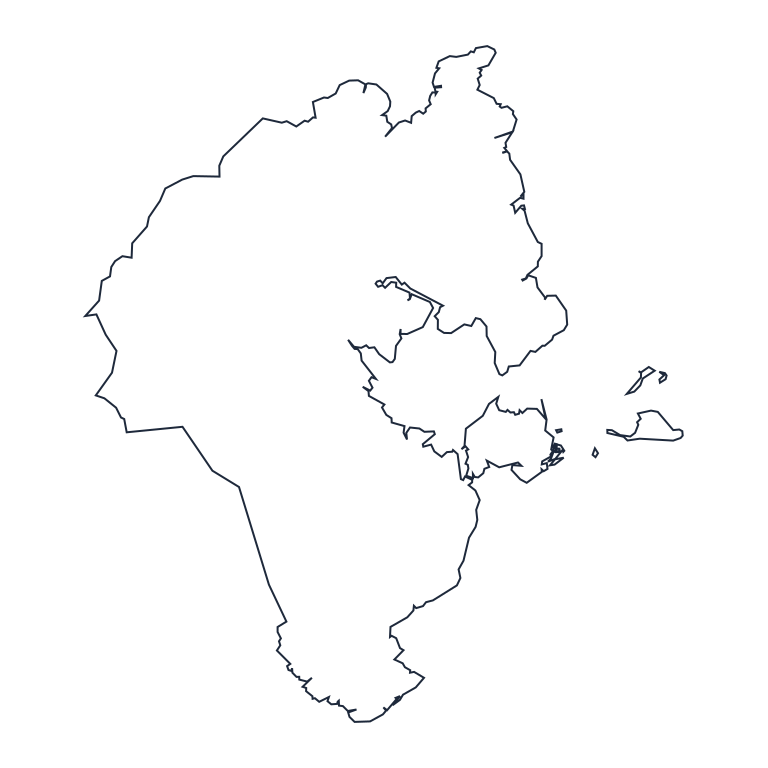 Madolenihmw, Pohnpei, Federated States of Micronesia
{"feature_id": "79324940B7707198476683", "entity_name": "Madolenihmw", "entity_type": "district", "adm_level": 2, "iso_a3": "FSM", "parent_name": "Federated States of Micronesia", "parent_adm1": "Pohnpei", "projection": "mercator", "projection_center": [158.314, 6.859], "detail": "fine", "context": "isolated", "style": "outline", "palette": "slate", "viewbox_px": 768, "rotation_deg": 0, "n_neighbors": 0, "source": "geoboundaries", "source_scale": "gbopen_adm2", "svg_char_len": 6077}
<svg xmlns="http://www.w3.org/2000/svg" viewBox="0 0 768 768"><path d="M276.9,650.5L290.3,663.9L287.1,666.1L288.5,670.0L291.2,670.9L292.1,668.2L292.4,672.7L296.5,676.9L299.2,676.8L299.3,679.6L307.2,681.6L311.9,677.8L302.6,686.8L306.2,688.0L306.1,691.2L312.4,696.2L312.6,698.8L314.9,698.2L319.2,701.8L328.9,697.0L327.5,701.2L331.3,704.3L337.1,703.9L337.7,701.7L338.8,700.7L339.0,705.6L342.9,706.1L347.8,711.0L356.5,709.5L348.2,712.5L349.5,716.9L354.6,721.9L370.1,721.4L382.9,714.4L386.1,710.6L383.4,707.4L387.1,710.2L396.6,699.0L395.6,697.9L400.0,696.1L392.6,705.2L399.9,699.9L403.0,694.7L415.8,687.4L424.0,677.8L414.1,671.9L410.0,672.7L410.2,670.2L404.9,667.2L402.7,663.3L394.4,659.5L403.5,650.2L400.0,648.1L396.2,638.2L391.6,635.8L390.0,637.0L390.5,626.9L407.3,617.3L413.4,610.5L413.9,605.8L416.2,608.1L423.0,606.1L426.0,602.2L432.9,600.4L456.9,585.4L460.4,578.0L458.6,569.4L463.5,560.7L469.0,537.7L475.6,526.9L477.3,519.9L476.2,509.9L479.7,500.1L475.4,490.5L468.6,485.1L472.1,482.4L472.2,479.8L465.0,476.5L463.2,480.1L460.9,479.1L457.6,454.1L453.0,450.0L452.3,451.7L446.9,452.1L441.7,456.9L434.3,451.4L431.1,444.6L423.3,446.7L422.8,444.2L434.8,434.2L433.9,431.4L424.4,431.8L419.4,428.5L410.0,427.5L406.3,432.9L407.0,439.5L403.6,432.7L404.5,426.1L391.7,422.5L391.5,418.2L386.3,414.9L382.0,407.5L384.4,404.5L368.9,395.9L368.5,391.1L362.7,386.8L370.2,390.6L372.5,387.7L368.9,380.8L371.5,377.2L375.9,378.9L361.6,360.6L360.8,353.4L357.7,349.1L354.6,348.9L352.0,345.8L348.1,339.8L354.0,346.8L361.4,347.8L366.2,345.3L369.0,348.0L374.4,347.3L379.2,354.2L389.9,362.4L392.5,362.1L394.8,358.9L396.0,345.9L401.4,338.4L399.7,334.2L400.6,329.0L400.5,333.9L407.2,334.0L422.8,327.1L433.1,308.0L429.9,302.0L411.7,294.2L409.8,299.2L407.5,300.4L410.0,298.5L409.5,292.6L396.1,286.9L396.2,282.7L391.2,282.0L385.1,287.8L382.5,285.2L378.1,286.8L375.6,283.7L377.0,281.6L380.2,280.6L382.7,283.3L386.5,278.1L395.7,277.0L401.8,284.6L404.5,282.7L410.3,288.5L443.0,305.7L440.1,307.2L438.8,312.1L434.7,316.2L437.9,319.8L437.8,328.9L444.0,332.9L451.1,333.1L464.3,324.4L471.3,326.0L475.8,318.1L480.4,319.2L486.5,326.5L486.7,336.0L495.3,352.0L494.7,363.0L499.4,374.1L502.3,375.4L507.2,371.8L508.8,366.5L519.6,365.4L530.5,350.9L535.4,351.9L542.4,345.7L544.7,345.8L552.1,339.6L553.5,335.7L563.8,330.2L567.2,324.6L566.2,310.6L555.8,295.6L547.2,295.8L544.7,299.7L545.1,297.6L537.5,287.4L535.9,277.9L528.2,275.3L526.4,278.5L522.7,280.5L522.2,279.6L525.8,278.5L527.5,274.8L537.8,266.4L537.9,261.7L541.6,256.1L541.6,243.8L537.8,242.0L527.8,223.3L524.6,210.8L522.3,208.8L524.9,208.9L524.0,205.4L521.3,205.7L515.2,212.8L513.6,205.6L511.2,204.6L520.1,197.8L523.5,198.7L523.5,194.7L520.5,196.5L524.3,191.8L520.4,174.4L510.1,159.8L509.3,153.6L507.0,151.4L503.3,152.7L502.3,152.6L507.1,151.2L504.3,147.9L506.2,147.0L505.5,142.8L512.3,132.2L494.4,138.0L512.9,131.5L516.6,119.5L512.9,114.1L513.3,111.2L507.3,106.3L501.5,107.8L499.7,106.5L500.7,104.2L496.6,103.8L493.8,98.1L477.4,89.7L479.7,85.0L477.7,78.6L481.2,75.6L479.7,72.7L481.6,70.0L478.8,68.4L488.4,65.4L495.7,52.8L494.3,49.5L487.3,46.1L475.9,48.1L473.8,52.3L470.8,51.4L467.9,54.6L456.3,56.9L449.8,56.1L438.7,61.4L436.4,67.8L439.2,68.3L435.0,73.4L432.6,82.6L434.0,86.9L441.0,85.8L441.1,87.2L434.6,87.7L435.5,91.6L437.2,91.8L435.7,94.2L435.7,92.6L432.4,92.4L430.2,95.9L429.1,100.4L430.7,104.2L425.6,108.4L425.8,111.5L423.2,113.7L419.2,111.0L415.8,112.6L411.7,116.1L411.1,122.8L405.1,120.5L398.9,122.5L385.1,136.7L392.0,128.1L391.2,124.4L387.3,121.8L386.3,115.7L382.1,115.1L387.7,111.1L390.0,106.3L390.3,101.6L387.1,93.9L376.4,84.5L368.2,83.3L366.0,84.2L365.8,87.5L363.4,93.1L365.4,84.4L358.1,80.3L349.2,80.6L339.7,85.1L335.7,93.5L327.8,98.0L324.0,97.5L312.9,102.0L315.6,117.7L313.0,117.4L308.1,121.7L304.6,120.7L296.3,126.5L286.7,121.2L281.8,122.7L262.8,118.4L223.3,156.4L219.3,165.7L219.5,176.6L193.3,176.1L182.2,179.6L165.3,188.5L160.0,200.9L148.9,217.2L147.0,226.5L132.2,243.3L131.6,257.7L122.4,256.2L115.1,261.1L111.3,267.0L110.0,276.4L101.8,280.9L99.1,300.6L85.3,316.0L96.4,314.4L105.7,334.7L116.5,350.9L112.0,372.7L95.8,395.4L104.4,398.3L116.1,407.7L121.0,417.5L124.2,419.0L126.7,432.3L182.5,426.8L212.4,470.7L239.0,487.0L268.9,584.6L286.4,621.6L277.6,627.0L277.6,632.0L280.9,638.4L279.0,641.3L280.3,645.3L276.9,650.5ZM499.2,410.2L496.2,403.7L498.3,396.9L489.0,403.9L482.8,415.8L465.9,428.7L464.5,446.0L461.5,449.2L465.5,446.3L468.2,449.4L466.0,450.6L468.1,457.1L465.5,463.7L467.8,464.8L468.4,468.5L466.2,475.7L473.0,478.1L472.9,473.8L474.8,477.0L478.2,477.4L483.3,473.2L484.4,468.8L489.2,467.0L486.8,460.6L499.2,467.3L518.0,462.5L521.4,465.8L512.4,465.1L511.5,469.9L520.2,479.3L526.7,482.8L541.9,471.8L541.6,469.3L543.7,471.2L547.5,468.9L546.8,463.1L541.8,464.4L542.2,461.4L550.9,456.5L550.4,454.6L552.9,451.0L551.2,449.5L553.6,437.4L545.2,430.5L546.6,419.6L541.4,399.1L545.6,418.9L536.9,408.9L527.2,408.6L522.4,413.0L519.6,410.2L519.0,413.7L515.2,414.8L513.9,412.2L510.4,412.5L507.5,409.9L505.8,411.9L499.2,410.2ZM657.8,411.9L651.0,410.6L637.9,413.5L640.7,418.8L637.1,422.2L638.3,424.8L635.1,432.8L630.3,436.5L620.1,435.1L611.9,430.2L607.3,429.9L607.4,433.0L623.7,436.8L627.5,440.5L639.7,438.7L673.2,440.6L680.6,438.0L682.7,435.6L682.3,431.2L679.3,429.5L673.2,430.1L657.8,411.9ZM648.8,367.0L641.0,372.4L638.6,371.2L641.1,373.0L640.9,377.5L626.8,393.9L634.3,391.6L640.3,385.4L642.8,378.5L654.7,370.7L648.8,367.0ZM564.3,450.8L560.9,445.5L556.9,444.4L556.5,448.5L559.4,448.7L559.8,451.1L559.1,452.0L555.6,452.2L553.7,451.4L550.9,458.8L548.0,461.6L555.3,458.9L562.7,449.8L563.3,451.9L564.3,450.8ZM664.9,373.1L659.3,371.8L664.1,375.2L659.4,379.5L660.0,382.7L665.6,379.2L666.6,375.5L664.9,373.1ZM563.7,457.7L555.0,459.3L550.0,465.3L554.6,464.6L563.7,457.7ZM595.5,457.2L598.0,453.2L594.9,448.3L592.6,454.8L595.5,457.2ZM561.3,429.3L556.1,430.2L557.3,432.6L561.6,431.2L561.3,429.3ZM559.6,451.0L559.2,448.9L556.4,448.8L556.2,451.4L559.6,451.0ZM555.4,451.2L555.9,448.6L553.8,448.2L553.1,450.5L555.4,451.2ZM554.1,446.6L556.0,446.9L556.6,444.1L554.8,443.7L554.1,446.6ZM552.3,447.3L553.9,447.5L553.2,446.1L552.3,447.3Z" fill="none" stroke="#1e293b" stroke-width="2"/></svg>